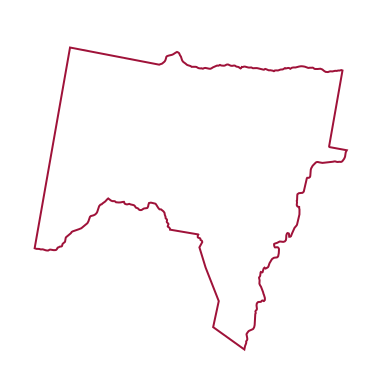 the State of Minnesota, rotated 100°
{"feature_id": "USA-3514", "entity_name": "Minnesota", "entity_type": "State", "adm_level": 1, "iso_a3": "USA", "parent_name": "United States of America", "parent_adm1": "", "projection": "equal_earth", "projection_center": [-93.694, 46.435], "detail": "fine", "context": "isolated", "style": "outline", "palette": "rose", "viewbox_px": 384, "rotation_deg": 100, "n_neighbors": 0, "source": "natural_earth", "source_scale": "10m", "svg_char_len": 5838}
<svg xmlns="http://www.w3.org/2000/svg" viewBox="0 0 384 384"><g transform="rotate(100 192 192)"><path d="M46.2,64.9L123.2,64.9L123.5,64.8L123.8,64.5L123.9,63.9L124.0,46.8L126.2,47.5L130.7,47.4L132.8,47.9L135.4,49.2L136.0,49.7L136.5,50.5L136.7,52.4L137.1,53.5L137.2,54.4L137.0,56.5L137.3,57.5L137.7,58.4L140.7,68.6L140.7,72.1L140.6,73.0L140.7,73.8L141.0,74.6L141.5,75.2L145.1,77.7L147.9,78.7L149.4,78.9L155.7,78.3L156.4,78.4L156.8,78.5L157.1,78.8L157.5,79.1L157.7,79.4L157.8,79.8L158.0,81.0L158.7,81.3L172.2,82.0L173.6,83.0L174.6,86.5L175.8,87.7L176.6,87.8L181.9,87.1L182.5,87.3L183.8,86.8L186.6,86.6L187.8,85.8L188.1,85.1L188.1,84.4L188.1,83.9L189.4,83.6L190.6,83.1L195.4,82.3L205.9,82.9L206.8,83.2L209.5,84.8L215.5,86.3L218.4,86.9L219.1,87.7L219.2,88.5L218.5,88.7L216.8,89.1L216.1,89.4L215.8,90.6L216.4,91.3L217.4,91.4L218.1,91.6L221.4,91.2L223.1,91.2L224.4,91.9L225.1,93.0L225.3,93.7L225.4,95.7L225.5,96.9L226.0,97.7L227.2,99.2L228.5,101.6L229.0,102.1L229.7,102.0L230.7,101.7L231.6,101.2L232.1,100.7L232.0,99.7L231.6,98.8L231.6,97.8L232.4,96.8L233.2,96.4L237.2,95.9L240.3,96.0L241.4,96.6L241.9,97.7L242.2,98.9L242.7,100.1L243.4,100.8L244.0,101.4L244.7,101.8L248.7,103.3L252.0,103.8L252.8,104.1L253.4,104.7L254.6,106.2L253.9,107.4L254.8,108.1L257.6,108.5L258.4,108.5L258.7,108.6L259.0,108.9L259.1,109.4L258.9,109.9L258.8,110.3L259.3,110.5L262.6,110.3L263.4,110.5L264.1,110.9L264.8,111.1L267.2,110.1L270.6,109.7L272.0,108.8L273.3,107.6L278.3,104.6L279.9,103.9L280.6,103.4L283.8,101.8L285.7,101.5L286.9,102.2L287.0,102.6L286.6,103.2L286.6,103.7L286.9,104.3L287.2,104.5L287.6,104.7L288.1,105.0L288.4,105.7L288.7,107.2L289.1,108.0L290.5,108.8L292.3,108.8L295.7,107.8L296.6,107.8L297.1,108.1L297.6,108.5L298.4,108.8L298.7,108.8L299.9,108.3L300.3,108.2L300.6,108.3L300.8,108.4L301.1,108.5L312.1,107.2L314.3,107.3L316.1,107.9L316.6,108.4L318.6,111.4L319.1,112.0L319.7,112.4L322.0,113.5L322.7,113.6L326.4,112.2L327.3,112.0L327.9,112.0L328.6,112.2L329.4,112.6L329.9,112.7L331.1,112.4L332.0,112.5L334.4,113.0L338.0,113.1L321.4,147.7L294.8,146.7L264.0,165.5L245.2,175.1L239.6,173.2L239.0,173.4L238.4,173.8L238.1,174.3L237.8,175.1L237.7,175.3L236.8,175.6L236.6,175.7L236.4,175.8L236.3,176.0L236.1,176.3L236.1,176.6L235.9,177.9L235.7,178.2L235.6,178.4L235.4,178.5L234.8,178.6L234.2,178.7L233.5,178.6L232.8,178.4L232.7,178.6L232.9,207.1L232.1,207.2L231.7,207.6L231.1,208.1L230.7,208.8L230.5,209.5L230.2,209.9L229.3,209.9L228.3,209.7L227.7,209.6L227.1,210.1L226.2,211.4L225.7,211.7L224.1,211.7L223.7,211.8L223.1,212.3L223.0,212.5L222.6,213.2L222.4,213.4L222.1,213.5L221.1,213.7L219.0,214.9L218.3,215.1L217.1,215.6L216.0,216.8L214.5,219.5L214.7,221.0L213.6,222.4L210.3,225.4L209.9,226.0L209.8,226.8L209.6,230.6L210.3,232.4L212.0,232.7L213.9,232.7L215.4,233.2L215.8,234.0L216.4,235.9L216.7,236.6L217.4,237.4L218.1,238.1L218.6,238.9L218.8,239.9L218.7,240.8L217.5,242.5L217.1,244.6L216.6,245.1L216.0,245.6L215.5,246.2L215.1,247.0L215.0,248.0L214.9,250.2L214.7,251.2L214.6,251.8L214.8,252.1L215.5,253.8L215.5,254.9L215.3,255.9L214.8,256.6L214.0,256.9L213.5,257.3L213.8,258.4L214.7,260.7L215.1,262.8L215.3,265.0L215.1,265.3L214.6,266.2L214.5,266.7L214.7,268.3L214.8,268.9L214.5,270.3L212.9,273.4L214.0,274.3L216.4,275.8L219.1,278.4L219.8,278.8L220.0,279.2L220.2,279.7L220.4,280.0L222.1,281.0L228.2,281.9L229.5,282.4L230.9,283.4L232.0,284.8L233.0,286.9L233.3,287.5L233.8,287.9L234.3,288.2L238.8,288.9L240.9,289.6L246.9,294.7L248.4,297.1L251.4,302.5L252.2,303.5L253.7,304.2L258.2,308.0L258.7,308.3L259.2,308.4L263.0,308.4L263.2,308.5L265.4,310.3L265.7,310.4L266.1,310.5L267.5,310.6L268.0,310.8L268.2,311.1L268.4,311.4L268.6,312.1L268.8,312.8L269.8,313.9L270.1,314.6L271.8,315.2L272.3,315.5L272.7,315.9L272.9,316.4L273.1,317.0L273.3,318.2L273.3,319.4L273.3,320.8L273.3,321.3L273.4,321.7L273.5,322.1L273.8,322.5L274.3,323.1L274.6,323.5L274.7,324.0L274.8,325.0L274.8,325.9L274.4,328.7L274.4,329.2L274.7,330.5L274.8,331.1L274.6,332.7L274.7,333.3L274.9,334.7L275.0,335.3L274.9,336.0L274.7,337.2L70.9,337.2L72.3,246.4L72.1,246.2L70.8,243.8L70.4,243.4L69.5,242.7L69.1,242.3L68.0,241.5L66.4,241.0L63.3,240.7L62.5,240.1L61.7,238.6L60.4,235.6L59.6,234.4L57.7,232.4L56.7,231.1L56.9,230.1L57.4,229.0L57.7,228.7L59.5,227.5L60.4,226.6L60.8,226.3L63.7,224.8L64.7,224.0L65.1,223.6L65.5,223.0L66.7,220.6L67.5,219.3L67.8,218.4L68.2,215.4L68.3,215.1L68.8,214.1L68.1,210.4L68.1,209.2L68.6,208.1L68.9,206.8L68.9,206.1L68.7,204.3L68.5,204.0L68.6,203.4L68.7,203.1L68.7,202.7L67.8,201.4L67.7,201.0L67.5,200.4L67.5,199.4L67.6,196.2L67.4,195.2L66.8,194.3L65.6,193.0L63.4,189.7L63.1,189.2L63.1,188.7L63.1,188.3L63.0,187.9L62.8,187.5L62.2,186.9L62.0,186.5L62.3,185.5L62.3,184.5L62.1,182.6L61.8,181.7L60.6,180.1L60.3,179.4L60.2,178.4L60.7,176.6L60.9,175.5L60.8,174.4L60.2,172.7L60.1,171.9L60.2,171.4L60.6,170.6L60.7,170.3L60.8,169.8L60.8,168.1L60.9,167.6L61.4,166.9L61.7,166.1L61.8,165.9L61.9,165.7L61.7,165.4L61.5,165.2L61.0,165.0L60.7,164.8L60.2,164.7L60.2,164.2L60.0,163.5L59.6,162.8L59.4,162.3L59.3,161.7L59.6,158.4L59.6,157.5L59.1,155.4L59.1,154.9L59.3,154.4L59.4,154.0L59.5,153.6L59.3,152.5L58.8,150.2L58.7,149.0L59.1,142.8L59.0,142.3L58.6,141.9L58.1,141.3L58.2,140.3L58.8,137.8L58.8,137.1L58.5,136.3L58.5,135.4L58.5,134.5L58.5,133.3L58.6,133.1L58.8,132.6L58.8,132.3L58.6,132.0L58.0,131.6L57.6,130.2L57.4,128.5L57.0,127.7L56.5,126.9L56.0,125.9L55.6,124.2L55.3,123.6L54.4,122.6L54.3,122.4L54.0,122.2L53.9,122.1L53.8,121.9L54.1,121.5L54.1,121.2L53.1,118.8L53.1,117.7L53.6,116.6L52.3,115.2L51.7,113.6L51.4,111.7L49.8,108.2L49.2,106.4L49.0,104.6L49.0,102.6L49.6,99.2L49.5,98.4L49.2,97.8L48.6,94.6L48.8,94.0L49.3,93.1L49.4,92.6L49.5,92.1L49.3,91.3L49.1,89.8L48.3,87.0L48.7,84.9L49.7,83.2L50.5,81.3L50.3,79.0L49.4,77.4L49.1,76.6L48.9,74.7L47.8,72.1L47.6,70.4L47.4,70.0L47.2,69.6L47.0,69.2L46.7,67.6L46.3,66.8L46.0,66.0L46.2,64.9Z" fill="none" stroke="#9f1239" stroke-width="2"/></g></svg>